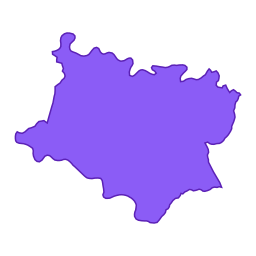 Anita Garibaldi, Santa Catarina, Brazil
{"feature_id": "56859067B7294135466211", "entity_name": "Anita Garibaldi", "entity_type": "district", "adm_level": 2, "iso_a3": "BRA", "parent_name": "Brazil", "parent_adm1": "Santa Catarina", "projection": "orthographic", "projection_center": [-51.083, -27.731], "detail": "fine", "context": "isolated", "style": "filled", "palette": "violet", "viewbox_px": 256, "rotation_deg": 0, "n_neighbors": 0, "source": "geoboundaries", "source_scale": "gbopen_adm2", "svg_char_len": 3737}
<svg xmlns="http://www.w3.org/2000/svg" viewBox="0 0 256 256"><path d="M73.1,34.0L69.6,33.1L66.9,33.0L64.4,33.8L62.0,35.7L60.9,37.8L60.5,40.7L60.9,43.8L60.8,46.6L59.8,48.3L58.5,49.5L56.4,50.6L54.6,51.2L52.4,51.6L52.6,54.3L54.9,55.7L57.1,57.3L56.7,59.6L56.7,61.9L59.4,62.6L61.8,63.3L62.3,65.3L63.4,68.6L62.4,71.1L64.4,73.4L65.1,76.1L64.1,78.4L62.0,80.1L60.1,83.0L57.5,84.8L55.1,86.7L55.1,90.6L54.9,93.8L54.2,96.3L53.6,99.5L53.0,102.9L51.9,106.3L48.4,118.6L47.2,123.0L43.9,120.6L41.4,121.1L38.9,121.5L36.7,123.7L34.9,126.3L31.3,127.8L28.7,128.5L26.9,130.1L24.8,132.0L22.2,133.3L19.1,132.8L17.2,131.8L15.8,133.9L15.4,136.2L15.4,138.5L15.7,140.8L16.8,142.3L19.1,143.2L21.7,143.5L23.7,143.7L25.7,144.3L27.6,145.0L30.1,146.5L32.6,148.3L33.3,150.7L33.1,153.5L33.5,156.1L35.0,159.7L37.0,161.4L39.4,161.8L42.0,160.1L43.7,157.8L44.9,156.2L47.2,155.2L49.6,155.6L51.5,157.2L52.8,158.5L54.8,160.0L57.5,160.5L59.5,160.5L61.6,160.2L63.7,159.4L65.6,159.3L67.7,160.0L69.7,161.5L71.6,163.4L73.1,165.3L74.7,166.6L78.7,170.4L84.1,175.6L85.6,176.9L87.1,177.9L89.3,178.4L92.0,178.6L94.8,178.1L98.0,178.0L100.7,178.4L102.2,180.5L102.7,183.2L103.0,185.5L103.6,188.9L103.9,192.1L102.9,194.9L103.6,197.0L105.7,198.3L107.7,198.3L109.9,198.1L111.9,197.2L114.1,196.2L116.8,195.4L119.6,194.8L121.7,194.7L123.8,194.9L126.0,195.4L128.0,196.1L129.6,197.1L131.2,198.0L132.8,199.3L134.4,201.0L135.6,203.1L136.3,205.0L136.1,207.2L135.7,210.0L134.9,212.0L134.5,214.2L134.6,216.4L136.1,219.0L138.4,220.2L141.4,220.7L144.4,220.9L146.5,220.9L148.3,221.4L150.1,222.6L154.2,223.0L157.1,222.4L159.3,219.9L161.7,216.5L163.9,214.5L165.4,212.5L166.0,209.8L168.1,208.7L169.3,206.7L169.7,204.7L171.1,203.1L172.9,200.5L175.4,198.4L178.4,197.9L180.3,195.4L181.0,193.4L182.8,193.9L184.7,192.0L187.1,190.9L189.3,189.5L191.2,189.7L193.4,190.8L195.6,190.4L197.3,189.9L199.1,189.2L201.3,189.8L202.9,191.1L204.8,191.3L207.5,190.6L210.1,189.5L212.3,187.7L214.5,187.1L217.1,187.4L219.2,186.7L221.6,187.3L219.8,182.7L213.4,171.8L208.5,162.2L208.4,159.6L207.7,157.3L207.4,155.0L208.6,152.3L208.2,149.4L207.1,146.9L206.1,145.1L205.0,143.0L207.7,142.1L209.7,143.6L211.5,144.2L213.9,144.3L216.7,143.6L219.5,143.4L221.5,142.4L223.6,140.5L224.9,138.2L226.6,136.7L228.2,134.9L229.5,132.9L230.6,131.1L231.7,128.7L231.7,126.3L232.5,124.4L233.6,121.9L234.4,119.4L235.0,117.1L234.6,114.2L233.6,110.8L234.8,107.9L235.0,104.7L235.8,102.0L237.3,100.6L238.3,98.4L238.7,96.2L240.6,94.9L239.3,93.1L237.0,92.7L235.4,91.1L233.5,89.7L231.2,90.9L229.7,92.5L228.6,90.8L227.2,88.5L225.7,85.1L223.1,85.9L222.2,87.8L220.0,87.5L217.9,87.1L216.2,85.3L216.5,82.1L218.4,80.6L218.9,78.5L219.2,75.8L218.0,72.9L216.2,70.9L213.9,71.8L211.7,72.3L210.5,70.2L209.1,68.9L207.4,71.1L205.4,74.7L203.3,76.1L201.2,77.9L198.4,79.5L196.2,79.7L194.1,79.0L191.6,78.3L188.8,78.6L186.2,79.4L183.4,81.3L180.6,81.6L180.2,78.3L180.9,76.0L182.2,74.5L183.5,73.0L185.2,71.4L186.9,69.5L186.9,67.2L184.9,65.4L182.8,64.9L179.2,65.0L176.7,65.4L174.3,65.1L171.8,65.3L169.6,66.5L167.9,67.2L165.3,67.6L162.6,67.1L160.2,66.8L156.3,66.1L152.8,65.8L151.5,67.6L152.4,69.8L154.7,71.1L156.2,73.2L154.3,74.7L152.2,74.3L149.9,73.4L147.4,71.8L145.2,70.6L142.7,69.8L141.0,69.9L139.2,70.7L137.7,72.1L136.0,73.8L134.4,75.3L132.3,76.4L129.6,75.4L129.3,72.0L130.1,69.1L130.9,67.2L132.0,65.6L133.0,63.6L132.6,60.0L130.9,58.1L129.1,58.1L127.3,58.8L125.7,59.8L124.0,60.7L120.8,61.2L118.3,60.1L116.8,58.7L115.3,56.5L113.9,54.5L112.1,53.0L109.0,52.4L107.1,52.9L105.2,53.8L103.5,54.1L101.7,53.4L100.3,51.9L98.7,48.5L96.6,47.4L94.1,48.1L92.0,50.4L90.2,52.8L88.9,54.4L87.0,55.5L83.9,56.1L80.9,55.7L78.6,54.4L76.1,53.1L73.4,52.1L71.1,51.1L69.9,49.4L69.5,46.9L70.1,44.0L71.7,42.4L74.0,40.2L75.0,38.0L74.9,35.9L73.1,34.0Z" fill="#8b5cf6" stroke="#5b21b6" stroke-width="1.5"/></svg>